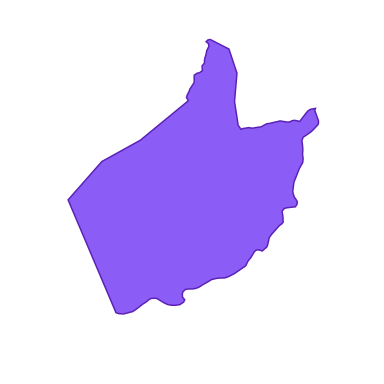 Guadalupe, Piauí, Brazil (orthographic projection), rotated 128°
{"feature_id": "56859067B67067053626409", "entity_name": "Guadalupe", "entity_type": "district", "adm_level": 2, "iso_a3": "BRA", "parent_name": "Brazil", "parent_adm1": "Piauí", "projection": "orthographic", "projection_center": [-43.76, -6.842], "detail": "fine", "context": "isolated", "style": "filled", "palette": "violet", "viewbox_px": 384, "rotation_deg": 128, "n_neighbors": 0, "source": "geoboundaries", "source_scale": "gbopen_adm2", "svg_char_len": 1776}
<svg xmlns="http://www.w3.org/2000/svg" viewBox="0 0 384 384"><g transform="rotate(128 192 192)"><path d="M50.1,146.2L54.0,149.6L56.4,150.5L59.0,150.7L66.7,150.6L70.1,150.6L71.1,152.9L72.6,155.6L74.3,157.1L76.4,158.0L78.1,159.7L81.8,166.4L84.4,168.4L86.4,170.1L90.3,173.2L92.2,175.1L94.8,176.3L98.1,177.6L101.2,180.7L102.7,182.1L104.5,183.6L106.3,186.9L110.5,190.8L112.4,192.0L111.0,196.7L94.5,214.2L70.7,229.7L56.6,250.9L60.6,271.6L62.4,273.1L64.9,273.4L64.9,270.5L66.7,268.4L71.6,267.4L74.8,265.7L78.0,264.5L80.3,263.4L82.7,261.6L86.4,261.7L90.1,258.5L93.5,259.6L95.2,261.1L98.5,262.2L100.3,260.9L102.1,259.4L104.5,257.7L112.4,257.0L114.6,256.2L118.5,255.5L120.8,254.6L122.5,251.1L125.6,251.8L183.0,264.6L221.6,281.0L223.5,281.8L274.5,284.8L333.9,177.6L332.8,174.6L330.2,170.8L322.7,165.1L318.8,163.8L310.8,161.8L306.2,160.2L303.3,159.7L301.1,158.7L298.9,156.3L297.5,154.0L297.0,149.5L296.5,145.5L295.7,142.1L294.1,138.8L291.8,135.7L288.2,132.2L283.9,130.8L281.4,131.4L280.7,134.7L278.4,136.8L276.1,137.7L272.9,137.2L271.1,135.7L267.8,131.6L265.9,129.9L263.6,128.4L261.9,127.6L257.7,126.2L253.4,124.3L249.0,122.7L245.0,119.5L242.5,117.0L240.2,114.0L238.8,112.7L235.4,110.7L229.8,108.2L225.0,106.7L217.0,104.2L213.7,105.0L211.1,105.4L207.5,105.2L203.2,105.8L200.3,106.1L197.8,105.4L196.5,103.7L195.2,100.3L189.1,99.2L187.2,99.8L180.2,103.1L176.4,103.2L164.9,102.5L161.6,101.6L159.7,101.6L155.2,105.4L151.6,109.3L148.0,109.0L146.2,107.7L140.0,101.4L136.9,101.7L134.7,103.2L134.0,105.0L133.0,108.2L131.1,111.2L129.2,113.2L121.5,117.7L117.4,118.9L107.4,121.9L100.6,122.9L97.4,124.9L94.0,128.3L90.5,130.6L87.1,133.7L83.6,137.2L80.4,138.1L71.5,135.3L68.5,134.8L61.3,134.2L59.6,134.9L58.0,136.2L52.2,145.4L50.1,146.2Z" fill="#8b5cf6" stroke="#5b21b6" stroke-width="1.5"/></g></svg>